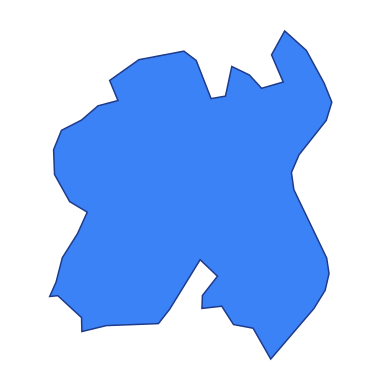 outline of Bauska, rotated 272°
{"feature_id": "LVA-1079", "entity_name": "Bauska", "entity_type": "Municipality", "adm_level": 1, "iso_a3": "LVA", "parent_name": "Latvia", "parent_adm1": "", "projection": "albers", "projection_center": [24.265, 56.397], "detail": "coarse", "context": "isolated", "style": "filled", "palette": "blue", "viewbox_px": 384, "rotation_deg": 272, "n_neighbors": 0, "source": "natural_earth", "source_scale": "10m", "svg_char_len": 741}
<svg xmlns="http://www.w3.org/2000/svg" viewBox="0 0 384 384"><g transform="rotate(272 192 192)"><path d="M356.2,279.0L337.5,301.3L305.5,320.2L286.6,328.6L268.3,323.7L233.0,297.7L215.0,290.7L197.9,293.7L130.7,328.9L115.2,331.8L98.4,328.5L79.8,317.9L27.8,276.5L58.0,257.8L61.0,238.1L78.9,225.7L76.0,206.0L88.9,206.0L108.7,220.4L124.6,202.5L74.1,173.8L59.3,163.0L55.5,111.1L48.7,86.8L62.6,86.0L83.7,61.5L82.6,53.4L97.2,59.3L121.8,64.7L146.5,79.1L168.2,88.0L178.1,70.1L204.7,54.0L229.4,52.2L249.1,59.4L260.0,79.0L274.9,95.1L280.8,114.8L300.6,105.8L322.4,134.3L332.5,179.0L323.6,191.6L286.0,207.8L289.0,222.1L318.8,227.4L310.9,245.3L298.1,257.9L305.1,279.3L331.8,266.7L356.2,279.0Z" fill="#3b82f6" stroke="#1e3a8a" stroke-width="1.5"/></g></svg>